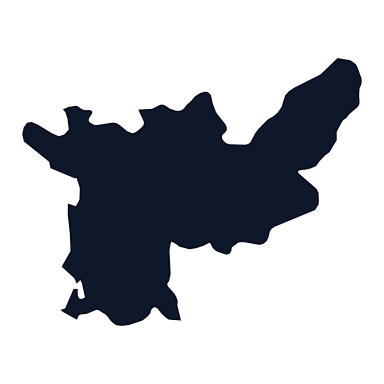 Lezhë, orthographic projection
{"feature_id": "ALB-1528", "entity_name": "Lezhë", "entity_type": "County", "adm_level": 1, "iso_a3": "ALB", "parent_name": "Albania", "parent_adm1": "", "projection": "orthographic", "projection_center": [19.841, 41.793], "detail": "fine", "context": "isolated", "style": "filled", "palette": "ink", "viewbox_px": 384, "rotation_deg": 0, "n_neighbors": 0, "source": "natural_earth", "source_scale": "10m", "svg_char_len": 2604}
<svg xmlns="http://www.w3.org/2000/svg" viewBox="0 0 384 384"><path d="M62.0,310.2L65.7,309.1L74.0,289.7L76.9,289.7L77.1,295.9L78.7,299.2L81.7,299.8L85.9,297.8L82.5,282.6L80.5,278.7L76.9,282.3L75.0,277.8L62.6,266.5L71.3,251.3L70.6,233.6L68.5,214.7L68.6,204.6L76.2,207.2L80.2,199.9L80.6,188.0L77.2,177.3L74.5,177.4L51.1,167.6L49.9,161.4L24.6,141.1L23.0,134.2L24.4,127.8L27.6,123.4L31.5,122.8L37.1,125.1L51.5,133.9L58.8,137.1L64.7,135.2L69.6,129.8L68.2,118.4L66.1,112.0L64.2,109.6L68.7,107.7L75.8,106.6L77.3,106.9L78.5,107.7L80.1,109.0L82.5,110.3L85.1,110.9L89.8,110.9L91.1,111.4L91.6,112.5L91.1,113.8L89.8,115.6L88.2,118.3L87.9,120.6L88.6,122.4L90.1,123.5L93.8,125.6L97.2,125.8L112.5,123.4L116.1,123.8L119.4,125.8L127.0,132.0L132.5,134.2L136.3,132.7L139.7,130.1L142.8,127.2L144.3,125.1L144.7,123.1L144.3,120.9L139.4,110.3L152.3,109.6L160.4,105.5L163.0,105.4L165.9,106.8L169.2,109.2L175.6,111.5L179.1,111.7L182.3,110.7L184.5,108.9L187.3,105.3L191.6,101.5L195.6,96.8L200.4,93.8L204.9,92.5L207.5,92.7L210.0,95.1L210.8,97.7L212.0,103.6L215.1,112.0L216.8,114.7L225.0,125.0L226.0,127.5L226.1,129.6L225.2,131.2L221.7,134.6L221.1,136.8L221.5,139.1L223.3,141.7L225.5,143.7L229.2,145.0L245.4,145.5L248.7,144.6L251.0,142.8L255.8,133.7L258.8,129.6L268.1,120.2L274.5,116.4L278.3,113.1L282.3,107.2L285.8,95.8L289.4,91.8L294.3,88.5L321.0,75.0L337.8,58.9L350.2,61.0L355.3,64.8L357.1,68.4L360.8,78.6L361.0,82.0L360.2,85.1L358.9,88.1L358.5,92.0L358.4,96.4L358.8,101.9L358.3,104.7L357.1,106.5L349.1,113.4L347.4,115.2L346.3,116.9L345.1,118.0L343.8,118.8L342.5,119.9L341.3,121.5L335.9,131.7L336.0,139.8L329.0,151.6L324.4,155.0L319.1,160.6L315.4,165.6L310.2,167.8L305.0,168.9L300.7,169.3L298.0,170.2L297.0,171.6L297.7,173.5L315.8,189.2L317.8,193.1L318.1,200.9L317.8,204.3L314.5,209.4L274.2,226.1L271.1,228.3L269.3,230.7L267.6,237.6L266.0,240.6L263.2,243.0L259.5,244.1L244.8,241.5L240.4,241.4L237.7,242.0L232.5,245.9L231.2,247.1L230.8,248.6L230.6,250.8L229.2,253.0L226.5,253.9L218.0,251.2L215.1,249.3L213.4,247.6L210.8,242.6L209.5,241.8L202.9,245.2L195.4,247.6L189.4,248.5L180.2,246.1L175.3,242.7L171.9,241.0L170.5,240.6L168.7,250.0L169.9,273.9L168.3,281.0L167.0,282.5L166.4,284.5L167.3,286.8L173.6,293.9L175.6,297.1L177.0,301.4L176.6,305.4L180.0,319.7L169.0,318.9L165.8,316.6L161.9,312.9L158.1,308.1L155.8,306.7L153.7,306.5L151.2,308.4L150.2,310.4L149.7,312.7L146.9,316.2L141.6,320.1L128.5,324.3L121.8,325.1L116.5,324.5L113.5,322.4L111.2,320.2L107.6,315.5L105.8,313.8L98.6,309.3L96.2,309.1L86.8,313.0L80.4,313.8L78.9,314.4L78.1,315.2L76.5,318.6L63.2,311.2L62.0,310.2Z" fill="#0f172a" stroke="#020617" stroke-width="1.5"/></svg>